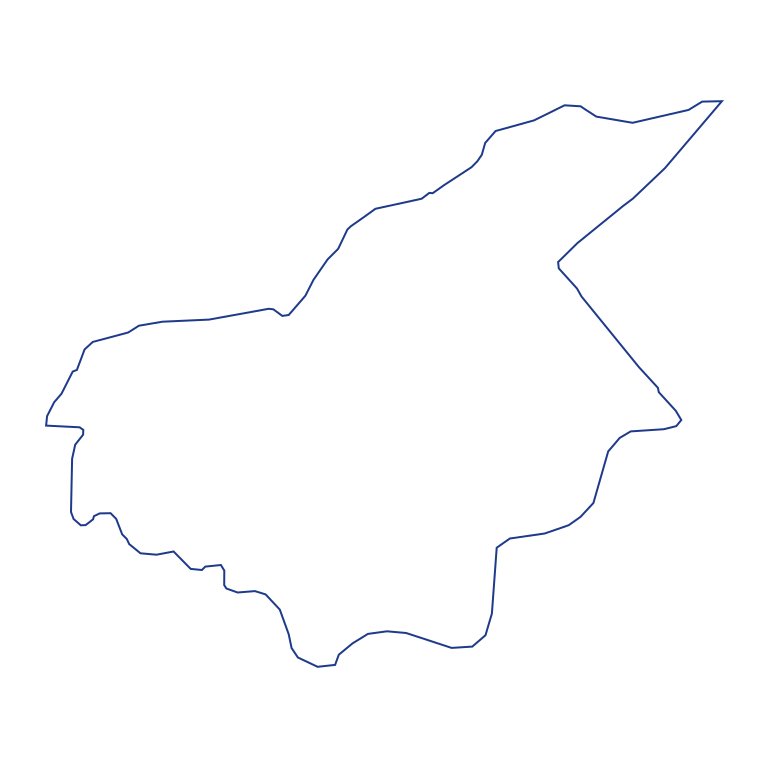 Santa Catarina Pinula, Guatemala (Albers equal-area conic projection)
{"feature_id": "79465075B31337947825966", "entity_name": "Santa Catarina Pinula", "entity_type": "district", "adm_level": 2, "iso_a3": "GTM", "parent_name": "Guatemala", "parent_adm1": "", "projection": "albers", "projection_center": [-90.471, 14.567], "detail": "fine", "context": "isolated", "style": "outline", "palette": "blue", "viewbox_px": 768, "rotation_deg": 0, "n_neighbors": 0, "source": "geoboundaries", "source_scale": "gbopen_adm2", "svg_char_len": 1475}
<svg xmlns="http://www.w3.org/2000/svg" viewBox="0 0 768 768"><path d="M593.4,503.0L608.2,451.4L614.3,444.3L619.7,437.9L630.7,431.4L664.0,429.2L676.3,426.1L681.3,420.0L675.8,410.8L658.8,392.2L657.9,387.8L638.9,367.1L581.5,296.5L577.0,288.5L558.8,268.4L558.1,262.1L577.4,243.1L623.2,205.9L632.9,198.6L664.9,168.2L721.9,101.2L702.2,101.6L688.6,109.9L632.6,122.8L596.3,116.6L585.8,109.8L580.6,106.3L564.6,105.3L534.0,120.4L495.6,131.0L485.2,142.9L481.8,154.8L477.4,161.2L471.5,167.2L444.1,185.1L432.7,193.2L429.3,192.9L421.7,198.7L375.4,208.8L362.9,217.8L350.9,226.2L347.4,229.5L338.2,248.8L327.6,259.4L313.5,279.8L305.4,295.7L288.7,315.0L282.3,315.9L273.3,309.3L268.6,308.8L209.0,319.6L162.5,321.7L138.9,325.7L128.2,332.5L92.8,341.9L84.6,349.4L76.9,369.9L72.7,371.6L61.5,393.7L54.2,402.2L47.1,416.1L46.1,425.6L79.6,427.3L83.3,429.9L83.1,434.7L75.2,444.7L72.1,458.8L71.0,512.0L73.6,519.0L80.8,525.3L85.6,525.1L93.1,519.3L93.9,516.2L99.7,513.4L110.6,513.2L116.2,518.9L122.2,534.4L126.8,539.0L129.2,544.1L140.5,553.3L156.5,554.7L173.6,551.5L177.5,555.5L190.7,568.9L201.9,570.0L205.3,566.6L220.9,565.0L224.3,570.6L224.2,585.1L226.4,588.5L237.6,592.5L254.9,591.1L265.6,594.4L279.8,609.6L288.7,634.2L291.6,648.1L297.9,657.5L317.6,666.8L335.1,664.9L338.8,654.7L352.5,643.4L367.9,633.9L387.0,631.3L406.1,633.0L451.6,647.9L472.3,646.6L485.5,635.2L491.9,613.5L496.7,547.7L509.9,538.5L544.7,533.5L568.7,525.2L580.5,516.9L593.4,503.0Z" fill="none" stroke="#1e3a8a" stroke-width="2"/></svg>